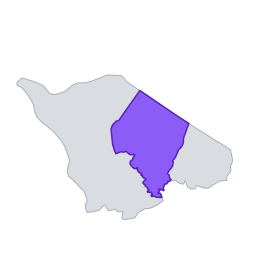 Syria, with Homs (Hims) highlighted, rotated 248°
{"feature_id": "SYR-139", "entity_name": "Homs (Hims)", "entity_type": "Province", "adm_level": 1, "iso_a3": "SYR", "parent_name": "Syria", "parent_adm1": "", "projection": "equal_earth", "projection_center": [37.187, 34.261], "detail": "fine", "context": "in_parent", "style": "filled", "palette": "violet", "viewbox_px": 256, "rotation_deg": 248, "n_neighbors": 0, "source": "natural_earth", "source_scale": "10m", "svg_char_len": 6148}
<svg xmlns="http://www.w3.org/2000/svg" viewBox="0 0 256 256"><g transform="rotate(248 128 128)"><path d="M45.6,88.7L47.6,89.0L51.7,91.7L52.4,91.6L53.7,88.0L54.9,86.8L57.5,85.7L58.3,79.9L59.5,78.8L60.9,78.2L63.2,78.1L65.1,77.8L65.2,76.7L62.5,70.0L62.8,68.4L64.1,61.6L64.9,59.0L65.7,58.2L68.8,58.5L73.1,59.7L74.2,61.6L76.3,63.3L79.5,63.2L83.1,63.5L86.0,63.6L88.2,62.4L93.3,60.2L95.9,59.4L98.2,58.4L105.6,54.8L108.6,55.0L110.6,55.5L112.2,56.1L115.7,58.6L118.6,61.2L120.6,61.9L124.2,61.9L129.5,62.4L136.0,62.3L139.7,61.6L144.5,60.4L153.1,57.4L164.3,51.1L170.9,48.0L173.7,47.7L177.4,47.6L181.2,48.4L185.4,49.0L187.3,48.9L191.9,48.3L197.8,47.0L201.5,46.0L205.9,44.3L208.7,41.5L209.6,41.2L210.8,41.7L211.3,41.9L212.5,43.5L213.8,47.6L213.8,48.1L213.6,49.3L210.7,52.7L206.9,57.4L204.1,60.3L199.3,65.2L195.7,66.3L189.7,68.1L188.1,69.8L186.6,72.6L185.8,76.4L185.6,78.8L185.5,83.3L187.0,88.0L188.4,92.4L188.7,95.4L188.6,98.3L187.3,101.4L185.9,105.7L185.2,110.5L184.9,119.6L185.0,127.3L184.9,128.6L182.5,134.1L179.6,140.5L178.3,142.0L171.8,143.9L164.8,148.6L157.0,153.8L149.8,158.6L142.3,163.6L134.6,168.8L129.0,172.6L121.5,177.6L114.7,182.3L107.8,187.2L102.5,190.9L94.5,196.7L89.8,200.1L82.9,205.1L76.9,209.6L69.6,214.8L60.6,213.3L57.8,212.4L55.4,209.9L53.7,208.5L49.5,207.2L46.7,202.5L45.1,200.8L42.3,200.0L43.5,197.0L43.7,195.1L45.0,192.6L44.2,191.1L43.8,187.7L43.3,186.9L43.1,186.0L43.6,184.9L43.4,183.8L42.9,183.3L42.7,181.6L42.3,180.4L42.5,178.9L43.1,177.9L43.8,176.0L44.5,175.5L45.8,174.3L46.1,173.0L47.2,171.8L48.6,170.9L49.0,170.1L48.7,169.6L47.3,168.7L46.5,167.2L47.2,164.9L47.7,164.2L48.6,163.1L50.5,161.4L52.0,161.1L53.4,161.1L55.6,161.3L57.3,161.6L57.7,161.1L57.7,160.6L55.6,159.2L55.4,158.1L56.0,156.9L57.5,155.1L59.3,153.7L60.2,153.5L62.3,150.8L63.6,147.7L61.5,140.4L60.2,139.2L58.1,138.2L56.9,138.0L56.8,137.5L58.4,135.7L59.6,134.0L58.3,132.5L56.0,131.8L55.2,133.4L52.2,133.5L47.6,133.5L45.6,125.7L45.3,122.3L45.4,118.4L46.8,112.8L46.2,110.1L46.1,108.4L45.8,105.9L42.2,100.7L44.2,91.1L45.6,88.7Z" fill="#d9dde1" stroke="#a8b0b8" stroke-width="1"/><path d="M58.5,133.7L57.9,133.5L57.4,133.0L56.7,131.7L56.4,131.4L55.8,131.9L55.7,132.1L55.7,132.8L55.6,133.1L55.4,133.4L55.1,133.5L53.5,133.6L53.3,133.6L53.0,133.3L52.9,133.3L52.7,133.3L52.4,133.5L51.2,133.5L51.2,133.1L51.3,132.4L51.3,132.2L53.1,128.6L53.8,127.7L54.1,127.5L54.3,127.4L54.7,126.8L55.4,126.1L55.5,125.9L55.5,125.6L55.4,125.3L55.5,125.2L55.5,124.7L55.6,124.4L55.8,124.3L56.0,124.2L56.5,124.0L56.7,124.3L56.6,124.5L56.4,124.8L56.5,125.0L57.0,125.6L57.2,125.8L57.3,125.8L57.3,125.7L57.7,125.2L57.8,125.1L58.1,125.1L58.3,125.2L58.5,125.5L59.3,125.7L59.5,125.7L59.8,125.3L59.8,125.2L59.8,124.9L59.9,124.6L60.0,124.5L60.1,124.3L60.1,124.2L60.1,123.7L60.7,123.0L60.9,122.6L61.2,122.3L61.2,122.2L61.3,122.2L61.5,122.1L61.8,122.2L61.9,122.3L62.0,122.3L62.0,122.5L61.9,122.7L61.8,122.9L61.8,123.0L62.1,123.2L62.2,123.3L62.3,123.3L62.3,123.6L62.5,123.8L62.9,124.0L63.0,124.0L63.0,123.9L63.4,123.7L64.0,123.5L65.3,123.6L67.4,122.5L67.7,122.3L67.8,122.4L68.1,122.3L68.3,122.3L69.3,122.3L69.4,122.2L69.7,121.9L69.9,121.8L70.0,121.8L70.3,121.8L70.4,121.7L70.5,121.7L70.9,121.4L71.1,121.3L71.5,121.3L71.8,121.5L72.2,121.8L72.4,122.0L73.2,123.8L73.8,125.4L74.4,125.2L74.5,125.1L75.8,123.9L76.0,123.8L76.2,123.7L76.7,123.7L76.8,123.7L77.2,123.2L77.3,123.1L77.5,123.1L77.8,123.2L77.9,123.3L78.1,123.4L78.4,123.5L78.5,123.3L78.6,123.2L79.3,122.5L79.5,122.5L79.8,122.5L80.0,122.7L80.1,122.8L80.2,123.1L80.3,123.3L80.4,123.5L80.5,123.5L81.1,123.7L81.4,123.6L81.5,123.4L81.6,123.2L81.7,122.7L81.8,122.7L82.0,122.4L82.1,122.0L82.2,121.9L82.3,121.7L82.5,121.7L83.2,121.8L83.3,121.7L83.3,121.4L83.5,121.2L83.8,121.1L84.0,121.3L84.5,121.4L84.8,121.3L85.0,121.1L85.3,121.0L85.8,121.0L86.1,121.0L86.4,121.0L86.5,121.0L87.0,121.6L87.1,121.8L87.4,121.8L87.5,121.8L87.7,121.7L87.8,121.6L87.8,121.4L87.8,121.2L87.6,120.8L87.6,120.7L87.6,119.8L87.7,119.3L87.7,119.2L87.8,118.9L88.0,118.7L88.7,118.3L89.5,117.7L89.8,117.5L90.0,117.5L90.5,117.4L91.7,117.0L93.9,116.4L94.0,116.4L94.1,116.5L94.3,116.6L94.5,116.7L94.8,117.1L95.0,117.3L95.3,117.3L95.8,117.3L96.0,117.5L96.3,117.8L96.4,118.1L96.6,118.4L96.6,118.5L96.8,119.0L96.8,119.5L96.9,120.0L97.0,120.2L97.3,120.5L98.9,121.9L99.1,122.1L99.3,122.5L100.3,123.9L100.5,124.1L100.8,124.0L100.9,123.9L101.4,123.4L101.4,123.2L101.5,123.1L101.5,122.9L101.6,122.7L101.6,122.4L101.6,122.0L101.7,121.9L101.8,121.6L101.9,121.3L102.0,121.2L102.2,120.9L102.2,120.5L102.3,120.3L103.0,119.6L103.5,119.2L106.9,117.6L107.1,117.4L107.2,117.2L107.1,116.0L107.1,115.8L107.1,115.4L107.2,115.2L107.3,114.8L107.4,114.6L108.0,113.5L108.3,113.0L108.6,112.3L108.7,111.7L108.7,107.9L108.7,107.2L111.0,107.0L118.7,107.6L133.4,111.9L136.1,114.2L136.9,115.4L138.6,119.2L138.7,119.5L138.7,119.9L138.6,121.9L138.6,122.2L138.7,122.6L138.8,122.8L143.2,129.5L158.3,153.0L121.5,177.6L115.1,182.1L109.4,186.0L98.6,176.4L97.8,175.9L97.1,175.3L96.9,175.1L96.7,175.0L96.1,174.9L95.9,174.8L94.9,174.5L94.5,174.3L94.2,174.1L93.5,173.6L91.7,172.1L89.9,169.4L89.7,168.9L89.6,168.7L89.5,168.2L89.4,168.1L89.4,167.9L89.1,167.2L89.0,166.9L86.4,164.3L86.2,164.0L85.7,163.7L83.6,161.4L83.2,161.1L83.0,160.9L81.6,158.4L81.5,158.2L81.4,157.8L81.3,157.6L81.1,157.4L80.6,157.2L80.1,157.3L79.8,157.3L79.7,157.3L79.4,157.2L76.8,155.5L76.6,155.4L76.3,155.2L75.4,154.2L75.2,153.9L75.1,153.7L74.9,153.5L74.9,153.4L74.6,152.9L74.4,152.4L74.2,152.1L73.8,151.4L73.6,151.0L73.5,150.8L73.0,150.2L72.6,149.6L72.3,149.2L71.7,148.4L71.6,148.2L71.3,147.7L71.1,147.5L70.8,147.5L70.0,147.8L69.1,148.4L68.8,148.4L66.9,148.1L66.4,147.8L65.7,147.8L65.2,147.9L64.6,148.3L64.1,148.5L63.9,148.1L63.3,147.4L63.1,146.9L63.0,146.3L63.2,145.8L63.5,145.4L63.5,145.0L63.4,144.7L63.2,144.7L62.8,144.6L62.5,144.3L62.0,143.4L61.8,143.1L61.8,142.8L61.8,142.5L61.9,142.4L62.0,142.2L62.1,141.4L62.2,141.0L62.0,140.7L61.6,140.4L61.4,140.4L61.2,140.3L60.8,139.8L60.4,139.6L60.0,139.2L59.8,138.8L59.6,138.2L59.2,138.1L58.5,138.0L57.8,138.0L57.2,138.2L56.6,137.5L57.1,137.0L57.8,136.6L58.3,136.1L58.4,135.6L58.4,135.1L58.4,134.6L58.8,134.4L59.2,134.5L59.5,134.7L59.8,133.5L59.2,133.7L58.5,133.7Z" fill="#8b5cf6" stroke="#5b21b6" stroke-width="1.5"/></g></svg>